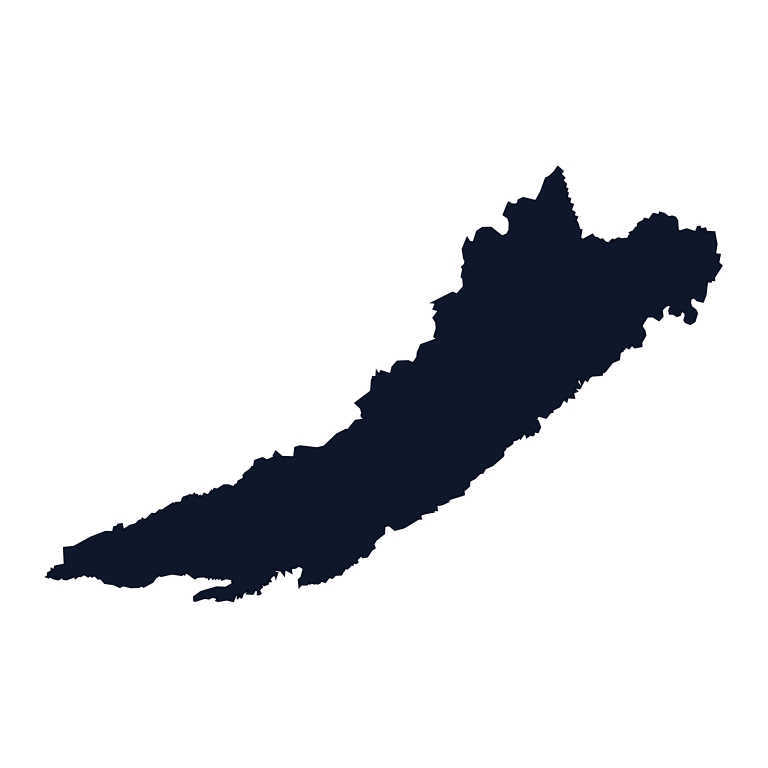 Puente Nacional, Veracruz, Mexico
{"feature_id": "50627088B8661366969935", "entity_name": "Puente Nacional", "entity_type": "district", "adm_level": 2, "iso_a3": "MEX", "parent_name": "Mexico", "parent_adm1": "Veracruz", "projection": "robinson", "projection_center": [-96.589, 19.313], "detail": "fine", "context": "isolated", "style": "filled", "palette": "ink", "viewbox_px": 768, "rotation_deg": 0, "n_neighbors": 0, "source": "geoboundaries", "source_scale": "gbopen_adm2", "svg_char_len": 6080}
<svg xmlns="http://www.w3.org/2000/svg" viewBox="0 0 768 768"><path d="M467.1,237.5L462.4,249.2L463.9,258.7L465.2,260.6L464.7,264.3L461.7,267.0L463.0,269.1L461.3,277.0L463.0,278.3L463.6,286.6L457.0,294.2L452.6,292.4L431.9,302.7L435.7,303.0L433.2,309.1L438.6,310.6L433.1,317.9L435.8,321.9L436.5,328.2L434.0,336.8L437.3,338.8L421.0,344.7L417.6,352.1L417.0,357.2L413.0,363.1L408.5,360.9L397.4,361.3L392.2,367.0L390.9,373.0L389.0,373.5L381.0,370.8L380.4,371.8L381.9,372.6L379.9,374.8L380.4,373.3L378.0,373.3L376.5,370.9L376.1,376.8L372.6,376.8L372.6,379.7L371.7,379.6L370.8,391.2L355.0,403.1L360.7,408.2L362.2,414.1L361.2,414.6L361.4,416.1L362.3,417.6L363.6,417.0L363.4,419.5L355.4,420.5L347.9,429.7L345.9,429.6L336.7,434.2L324.0,446.4L316.8,448.0L300.0,446.0L295.0,447.5L294.0,456.1L293.0,457.0L282.0,456.6L275.7,451.2L273.4,455.3L274.1,456.9L267.0,460.2L262.5,457.8L254.8,460.6L253.6,467.5L252.0,466.6L250.3,469.3L245.2,472.8L243.2,475.4L243.7,478.2L238.2,481.1L237.6,483.4L234.9,485.0L234.0,487.0L228.2,485.0L223.7,485.1L217.3,489.3L214.2,488.6L213.1,491.4L211.6,490.4L208.8,494.2L207.0,494.8L204.2,493.4L202.0,496.6L200.1,495.4L198.2,496.6L197.0,494.5L195.0,495.0L194.4,493.4L192.3,495.6L190.3,494.7L185.7,496.6L186.7,498.1L184.0,496.9L182.5,498.2L181.2,502.4L175.5,502.6L174.8,504.0L173.1,503.0L161.7,510.5L159.5,509.9L155.5,513.8L151.8,513.6L146.6,518.8L144.2,519.7L142.4,518.3L141.9,519.8L139.1,520.5L135.8,524.0L130.0,525.5L123.3,529.9L122.0,523.8L117.9,524.5L117.6,526.0L113.8,527.1L112.9,531.9L105.5,531.6L91.3,537.1L73.8,546.6L63.7,547.6L64.5,564.3L54.8,566.3L54.0,570.0L51.3,568.5L51.4,571.1L47.9,572.8L47.4,576.3L46.1,576.9L48.7,577.8L50.0,576.5L53.1,578.6L58.5,579.7L62.3,577.3L63.2,579.1L66.4,579.7L74.8,576.5L75.4,578.5L78.7,576.0L80.6,576.5L84.3,574.4L88.1,576.9L90.3,575.4L92.0,577.0L94.7,575.6L98.1,578.9L100.5,578.4L104.7,583.2L113.7,584.5L119.9,587.3L123.0,585.6L131.0,587.5L139.0,587.2L141.4,585.8L143.6,587.0L152.9,582.0L155.6,577.8L159.5,575.3L161.0,576.3L172.0,573.8L181.9,575.3L182.8,573.7L184.7,574.9L186.0,572.4L195.0,578.8L197.1,577.2L204.2,576.6L206.1,577.7L207.9,577.1L208.7,579.2L210.9,576.6L212.9,579.2L214.4,577.2L215.7,579.2L217.3,577.4L218.8,579.1L220.8,577.3L221.6,580.0L226.1,578.5L233.1,579.7L231.6,581.2L232.8,583.3L225.6,587.5L216.6,587.1L200.9,591.7L193.8,596.8L193.8,600.7L195.1,601.2L204.5,598.2L209.2,598.8L212.0,597.2L215.6,597.7L217.3,599.0L216.0,600.6L217.9,601.3L226.7,599.8L233.4,601.4L236.1,593.8L237.2,594.6L237.6,599.1L239.7,594.2L240.3,597.5L241.6,597.8L243.2,593.4L248.9,589.8L246.7,593.8L253.0,594.1L255.3,589.9L257.8,590.9L257.5,594.6L259.8,594.4L261.0,593.4L259.2,590.1L262.4,586.9L260.5,584.4L261.7,583.8L264.3,585.5L268.2,583.9L267.9,581.7L271.0,581.5L269.7,579.1L273.0,575.5L275.4,575.7L275.9,578.0L277.6,572.8L274.7,572.1L274.9,569.8L280.9,571.0L284.3,575.4L284.6,570.4L285.9,569.9L291.7,573.1L291.0,568.4L295.5,568.0L298.8,565.9L303.5,568.5L301.2,577.2L298.5,579.8L299.2,587.3L301.3,584.8L307.1,584.8L309.5,582.5L309.8,583.9L311.6,583.0L314.8,583.9L316.3,582.8L317.4,584.0L320.0,582.8L321.0,580.9L325.3,582.3L329.3,577.2L332.4,578.2L335.4,575.1L341.5,574.8L342.9,572.2L341.2,572.0L344.3,570.7L344.0,568.8L347.8,568.6L351.6,564.5L352.9,565.2L353.5,562.4L356.0,563.5L357.9,562.1L356.7,559.9L361.8,555.1L362.6,557.5L367.4,556.8L371.7,550.1L375.0,548.0L373.6,544.2L376.2,540.0L384.3,533.6L384.6,526.5L389.1,525.4L394.9,530.2L404.3,527.6L418.4,519.0L421.4,518.9L420.5,516.6L421.3,514.5L424.7,513.9L425.8,512.3L426.0,513.3L433.9,512.0L434.0,510.4L437.2,510.4L436.7,504.3L439.1,505.2L442.4,504.5L448.5,501.7L449.6,499.3L464.2,494.7L463.7,489.2L465.2,489.8L469.3,486.2L469.6,481.2L475.2,478.2L479.8,473.4L482.9,473.0L485.3,468.6L492.3,465.6L502.6,456.8L503.6,455.6L503.4,451.4L505.4,449.5L506.3,446.0L507.8,447.0L512.6,443.5L512.9,440.8L517.1,439.7L519.5,437.5L520.5,438.9L523.4,434.7L525.6,433.9L526.7,437.7L530.7,434.5L532.6,435.7L534.0,434.9L534.1,431.7L538.0,432.5L540.4,427.1L537.9,420.7L536.2,419.5L538.3,415.9L546.3,418.0L550.5,412.4L552.8,412.2L552.3,410.3L559.7,406.7L563.7,399.5L566.8,401.9L567.7,397.6L574.5,398.1L573.3,392.8L577.5,391.3L574.7,388.6L575.4,387.7L579.7,388.6L581.1,386.8L577.8,383.0L577.5,379.4L580.1,379.9L581.8,385.0L585.0,379.0L587.4,381.3L589.5,377.5L592.1,375.9L602.0,375.1L603.0,371.5L604.3,372.3L605.5,371.2L612.3,362.5L619.2,359.6L620.1,352.5L623.1,350.9L622.0,349.1L624.5,349.3L625.9,346.7L629.0,348.7L631.9,345.0L634.8,347.7L641.7,346.4L641.6,342.2L645.7,335.4L644.8,331.1L641.7,325.9L647.4,316.7L652.8,316.7L659.0,320.5L662.8,316.5L662.0,310.1L665.7,306.2L668.7,305.0L670.9,306.2L668.9,310.3L669.6,314.0L673.2,314.0L676.9,316.3L680.1,315.2L681.6,311.8L682.7,311.5L685.0,313.1L685.4,316.0L684.1,320.1L685.3,322.3L690.4,324.3L694.8,321.6L697.3,313.3L695.7,310.0L691.4,306.7L690.2,302.5L691.1,298.5L694.1,297.9L697.0,300.5L703.0,302.0L705.8,295.2L707.3,281.6L711.0,282.0L711.3,280.1L714.5,280.5L714.2,277.8L721.9,265.6L718.5,262.8L720.1,254.5L715.3,254.0L716.8,244.5L714.6,232.0L706.6,231.6L705.5,228.1L701.0,229.2L700.0,226.5L697.6,226.8L695.6,231.9L686.6,229.0L679.6,231.3L678.0,229.7L677.5,220.7L675.5,217.3L672.0,216.2L668.7,217.0L664.3,213.6L659.7,212.3L659.1,214.8L653.2,213.6L649.1,219.5L644.5,218.4L643.4,220.5L637.9,223.4L637.2,227.7L635.9,227.4L633.3,231.0L629.5,232.7L631.0,234.4L629.1,235.5L628.0,238.4L621.7,239.0L618.4,238.0L612.4,241.1L612.8,239.4L611.9,239.7L608.9,243.1L605.3,242.1L602.6,239.0L600.0,239.8L597.5,237.7L594.8,237.4L592.5,234.4L582.9,239.6L580.4,237.9L581.6,229.9L579.6,229.5L577.4,222.1L575.9,221.0L577.4,216.9L573.8,215.7L574.9,212.5L571.1,210.2L573.2,204.4L569.5,203.1L570.4,198.6L567.0,197.4L568.1,193.0L566.5,192.7L567.6,188.6L565.1,187.8L566.3,184.0L562.6,180.4L564.7,177.8L560.8,173.9L563.0,171.1L557.8,166.6L554.0,172.0L549.1,176.6L545.7,178.1L540.7,191.8L535.7,200.8L523.2,197.7L518.2,200.1L517.8,203.0L515.9,204.4L511.5,204.1L508.9,202.2L507.9,203.3L503.3,214.8L508.0,218.0L509.4,222.6L509.1,230.2L506.9,234.2L502.0,236.2L491.1,227.5L482.2,227.7L476.9,231.3L473.4,242.1L469.7,241.8L467.1,237.5Z" fill="#0f172a" stroke="#020617" stroke-width="1.5"/></svg>